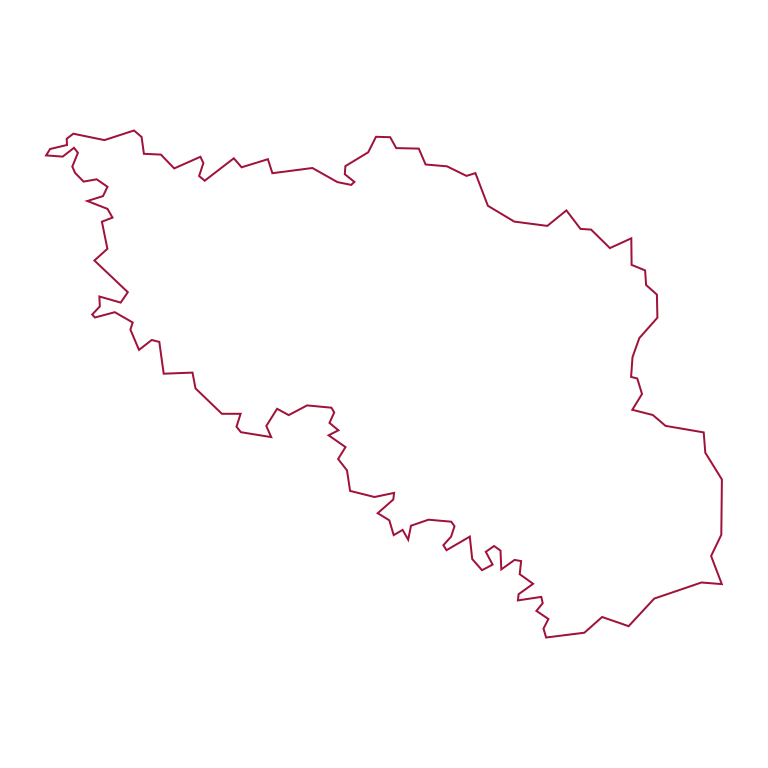 Araguari, Minas Gerais, Brazil
{"feature_id": "56859067B42575521245529", "entity_name": "Araguari", "entity_type": "district", "adm_level": 2, "iso_a3": "BRA", "parent_name": "Brazil", "parent_adm1": "Minas Gerais", "projection": "orthographic", "projection_center": [-48.261, -18.607], "detail": "medium", "context": "isolated", "style": "outline", "palette": "rose", "viewbox_px": 768, "rotation_deg": 0, "n_neighbors": 0, "source": "geoboundaries", "source_scale": "gbopen_adm2", "svg_char_len": 1909}
<svg xmlns="http://www.w3.org/2000/svg" viewBox="0 0 768 768"><path d="M337.4,182.1L312.4,168.0L272.4,173.2L267.9,159.2L241.6,167.3L233.8,158.3L204.7,180.7L199.1,176.0L203.4,163.1L200.4,156.8L174.2,168.4L160.9,154.6L143.9,153.8L141.6,137.0L134.0,130.5L104.4,140.1L73.3,133.7L66.7,138.8L67.0,145.0L50.1,149.0L46.1,155.4L62.7,156.6L74.0,147.8L77.9,152.8L72.3,166.6L75.1,172.9L83.6,181.6L96.7,179.3L107.5,186.8L103.0,196.1L87.3,201.0L107.5,208.9L112.5,217.6L101.9,221.7L107.4,248.8L94.4,260.5L127.8,292.2L120.7,302.6L99.4,296.5L99.8,306.5L92.2,314.5L94.9,317.5L114.8,312.2L132.7,322.5L130.4,329.6L139.0,349.9L151.7,340.0L159.3,341.9L163.7,373.7L192.5,372.6L195.5,388.4L221.9,413.8L240.6,413.8L236.5,426.7L240.9,432.2L271.2,437.1L266.3,426.0L277.1,408.8L288.7,415.1L307.1,405.4L331.4,407.7L334.2,412.4L329.5,422.9L338.4,430.3L328.6,435.3L345.5,447.1L338.1,459.0L347.0,470.4L350.1,490.9L374.5,497.0L394.1,492.9L393.3,499.5L377.7,513.2L389.3,520.3L393.7,535.1L402.6,529.9L408.2,539.7L411.0,525.7L428.5,519.7L451.3,521.7L454.5,526.3L451.1,536.6L443.4,545.2L446.5,550.2L469.8,536.6L472.2,559.0L482.0,570.2L492.6,564.6L485.8,551.8L494.1,546.0L500.5,550.6L501.3,569.4L514.6,559.9L521.1,561.1L519.7,574.2L533.1,583.8L518.6,594.2L517.9,600.4L541.3,596.9L542.7,603.2L536.4,610.9L548.4,619.0L543.5,628.6L546.1,637.5L584.4,632.7L602.1,617.0L628.6,626.2L654.2,598.6L701.4,582.5L721.8,584.1L711.1,556.0L721.3,534.8L721.9,479.5L705.3,452.7L703.7,432.4L665.6,425.9L652.8,415.0L632.3,409.8L642.0,394.0L637.3,378.5L631.1,376.9L632.5,357.2L639.3,338.1L657.4,317.7L656.9,294.6L646.1,285.0L645.1,270.4L631.6,264.9L631.3,238.3L609.9,248.1L591.1,229.6L580.5,228.9L566.4,210.4L547.3,225.9L514.3,221.6L487.9,205.8L475.4,173.1L466.5,175.9L446.9,166.3L425.6,164.5L418.8,148.6L396.2,148.1L390.2,137.2L376.0,136.8L368.2,152.3L345.4,166.1L344.8,174.2L354.4,181.9L351.2,184.9L337.4,182.1Z" fill="none" stroke="#9f1239" stroke-width="2"/></svg>